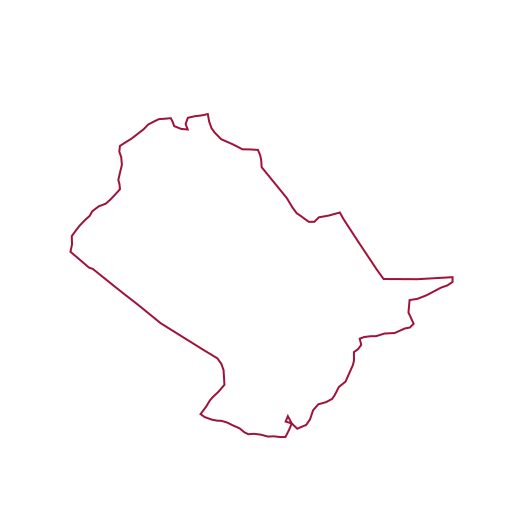 Limoeiro de Anadia, Alagoas, Brazil (Natural Earth projection), rotated 237°
{"feature_id": "56859067B58841982449000", "entity_name": "Limoeiro de Anadia", "entity_type": "district", "adm_level": 2, "iso_a3": "BRA", "parent_name": "Brazil", "parent_adm1": "Alagoas", "projection": "natural_earth1", "projection_center": [-36.471, -9.746], "detail": "fine", "context": "isolated", "style": "outline", "palette": "rose", "viewbox_px": 512, "rotation_deg": 237, "n_neighbors": 0, "source": "geoboundaries", "source_scale": "gbopen_adm2", "svg_char_len": 1771}
<svg xmlns="http://www.w3.org/2000/svg" viewBox="0 0 512 512"><g transform="rotate(237 256 256)"><path d="M360.6,102.7L337.3,109.6L334.0,112.1L304.6,121.8L296.0,124.7L279.3,130.5L251.4,139.5L205.8,160.8L191.1,167.9L184.3,168.2L177.9,166.6L165.2,159.4L162.5,150.2L161.2,142.8L159.9,138.5L156.8,132.1L153.6,123.4L148.9,125.2L142.5,130.1L139.2,133.6L136.6,137.2L132.2,141.0L126.3,144.5L120.4,148.4L114.6,150.2L110.7,152.5L108.0,157.4L103.7,162.6L98.1,167.6L95.1,172.7L90.5,178.3L88.2,182.2L92.2,189.1L96.1,194.8L88.7,196.5L87.0,206.2L89.6,212.4L95.5,219.8L97.7,227.4L95.3,235.1L94.7,242.0L96.4,246.2L101.0,254.1L101.9,262.7L111.8,277.9L114.9,281.2L122.1,285.8L122.3,290.8L124.1,295.8L130.2,298.0L129.1,302.7L126.1,308.8L123.4,313.0L121.0,321.5L115.9,330.3L114.2,341.3L112.2,346.1L113.3,351.3L125.6,353.1L135.4,360.8L132.2,367.9L130.2,377.5L128.7,394.0L127.1,400.5L127.2,406.7L131.2,409.3L148.6,378.8L167.2,350.5L178.8,349.9L214.2,349.5L239.5,349.5L246.8,350.0L250.3,339.0L254.2,329.8L252.9,323.6L255.8,319.0L260.2,317.2L265.6,315.2L269.7,313.4L276.7,313.0L287.7,313.4L327.4,309.1L333.8,312.7L338.4,314.4L343.9,315.4L348.6,309.1L352.9,302.7L356.7,300.6L363.2,296.8L372.9,290.4L381.8,288.6L387.3,288.3L394.2,289.9L401.3,292.9L403.5,287.0L406.6,280.7L409.0,274.1L405.1,268.9L399.3,267.6L403.3,262.5L409.5,258.1L414.0,259.2L418.0,259.6L421.0,253.9L423.7,249.0L424.4,243.3L425.0,237.2L423.5,230.8L422.7,221.4L422.2,214.7L422.4,209.5L422.4,201.8L418.0,198.2L412.3,196.8L405.5,193.2L399.5,186.8L394.7,181.9L390.8,180.7L386.1,178.3L384.2,171.2L382.6,164.4L381.7,158.4L383.3,151.2L382.7,143.0L380.2,138.3L379.3,132.3L377.5,124.6L375.2,118.0L373.0,112.3L366.0,108.1L360.6,102.7ZM96.1,194.8L101.0,190.7L104.3,195.5L96.1,194.8Z" fill="none" stroke="#9f1239" stroke-width="2"/></g></svg>